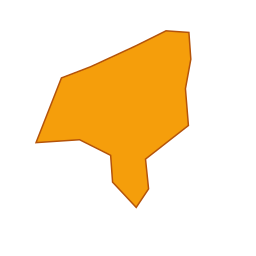 map outline of Fgura (Albers equal-area conic projection), rotated 339°
{"feature_id": "MLT-5959", "entity_name": "Fgura", "entity_type": "state/province", "adm_level": 1, "iso_a3": "MLT", "parent_name": "Malta", "parent_adm1": "", "projection": "albers", "projection_center": [14.52, 35.867], "detail": "fine", "context": "isolated", "style": "filled", "palette": "amber", "viewbox_px": 256, "rotation_deg": 339, "n_neighbors": 0, "source": "natural_earth", "source_scale": "10m", "svg_char_len": 365}
<svg xmlns="http://www.w3.org/2000/svg" viewBox="0 0 256 256"><g transform="rotate(339 128 128)"><path d="M185.3,147.3L154.0,156.9L133.2,163.3L125.4,192.2L107.2,205.1L94.2,173.0L102.0,147.3L78.6,121.6L36.9,108.7L83.8,57.4L115.0,57.4L164.4,54.1L198.3,50.9L219.1,60.6L211.3,86.3L195.7,111.9L185.3,147.3Z" fill="#f59e0b" stroke="#b45309" stroke-width="1.5"/></g></svg>